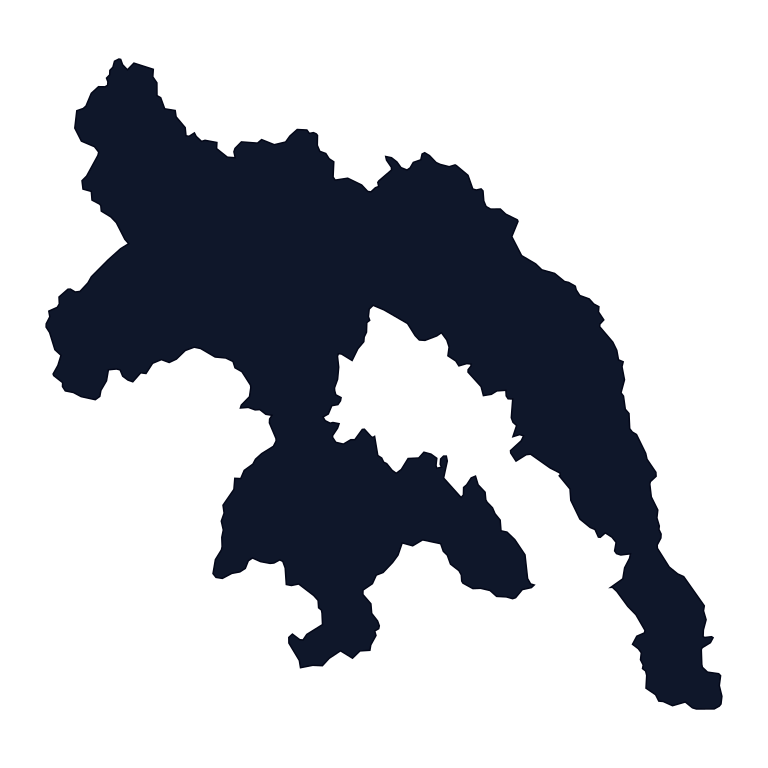 outline of Hoa An, Cao Bằng, Vietnam
{"feature_id": "81297802B75378675708985", "entity_name": "Hoa An", "entity_type": "district", "adm_level": 2, "iso_a3": "VNM", "parent_name": "Vietnam", "parent_adm1": "Cao Bằng", "projection": "albers", "projection_center": [106.208, 22.687], "detail": "fine", "context": "isolated", "style": "filled", "palette": "ink", "viewbox_px": 768, "rotation_deg": 0, "n_neighbors": 0, "source": "geoboundaries", "source_scale": "gbopen_adm2", "svg_char_len": 6070}
<svg xmlns="http://www.w3.org/2000/svg" viewBox="0 0 768 768"><path d="M610.7,587.4L612.4,587.3L616.8,591.4L627.8,606.4L635.9,614.7L645.0,630.4L644.4,632.9L636.8,636.2L632.5,644.3L638.3,648.7L641.3,652.8L640.5,659.7L643.2,665.0L642.5,668.6L645.6,671.0L646.7,675.4L646.0,688.2L655.6,694.7L658.8,701.1L663.2,701.5L672.5,705.7L685.3,702.0L692.4,707.8L696.4,709.0L714.3,708.9L719.3,706.1L721.0,704.0L721.9,696.3L719.3,685.6L720.6,675.7L718.7,673.7L707.5,672.1L702.4,667.3L701.8,664.4L701.3,649.5L702.2,647.7L710.4,642.7L713.1,637.7L711.6,636.7L704.6,637.5L703.1,636.5L703.4,629.9L706.1,619.7L703.5,610.8L704.3,605.8L683.7,576.6L677.7,573.9L669.2,567.0L657.4,548.3L657.2,545.0L660.9,538.0L661.1,534.0L658.9,529.4L659.3,526.0L656.9,517.9L657.8,510.0L651.3,496.9L649.8,484.0L650.4,481.6L656.1,476.3L655.9,472.3L647.0,459.2L645.7,453.3L636.5,434.5L632.3,432.0L629.7,428.6L629.0,413.5L625.3,409.2L623.5,396.1L621.0,392.8L624.5,379.8L622.0,366.7L623.2,361.8L618.5,359.8L616.8,350.3L612.8,342.1L599.7,326.7L599.8,324.2L603.8,319.9L598.5,311.9L598.9,306.7L593.8,304.0L589.2,298.9L579.8,295.5L576.2,289.9L575.3,286.2L568.6,282.4L564.5,281.5L554.6,273.4L541.8,269.8L535.7,263.9L521.6,255.6L511.8,236.6L518.0,221.4L517.4,219.9L505.7,214.1L500.3,209.0L490.6,209.1L486.1,206.5L483.8,201.0L483.0,190.9L481.1,188.9L476.3,190.0L472.8,189.0L468.0,175.3L456.4,165.6L455.1,164.9L449.2,166.7L440.2,164.4L436.1,162.5L429.5,155.6L424.7,152.7L422.1,154.0L420.8,159.8L413.3,162.4L410.1,167.9L407.0,170.0L401.0,167.6L396.9,161.9L391.5,157.7L385.7,156.5L386.5,160.1L391.4,167.3L391.5,170.0L378.9,180.8L377.8,182.4L378.7,186.5L375.4,187.7L370.9,191.9L367.7,191.4L361.7,185.0L347.7,178.2L335.2,180.1L333.1,177.0L333.8,161.8L329.1,158.7L325.8,153.5L319.8,151.3L317.3,145.3L317.5,135.4L316.3,133.9L313.5,132.6L309.4,133.4L306.9,130.0L297.2,129.5L289.9,136.0L285.6,142.0L274.3,144.7L261.6,139.6L257.5,143.1L241.4,141.9L235.0,148.4L233.9,151.8L235.2,157.7L227.4,157.2L216.6,148.6L216.9,142.5L205.0,140.3L201.6,141.4L196.2,136.4L194.4,132.9L189.1,136.3L186.0,135.8L185.2,127.6L176.1,116.8L175.2,110.5L164.7,108.8L160.7,97.7L157.0,95.6L156.9,82.8L152.8,76.8L153.3,69.3L133.9,63.1L127.4,69.8L122.6,64.7L120.7,59.4L118.9,59.0L114.5,61.2L112.9,67.2L109.9,70.3L109.7,74.8L106.5,78.1L107.9,81.8L107.6,85.3L105.0,86.8L98.5,86.7L91.3,93.3L86.0,106.0L83.2,108.5L76.8,110.7L74.8,128.1L81.4,141.1L94.5,146.7L98.7,152.1L97.9,155.4L86.6,176.1L82.0,180.7L83.0,189.1L91.3,191.4L92.0,200.1L99.6,204.1L100.8,205.6L101.3,211.1L110.8,216.9L116.3,222.6L124.9,239.4L128.7,243.7L120.7,248.6L108.0,260.0L91.4,276.7L87.9,282.9L80.0,291.4L75.2,292.0L70.4,289.1L67.9,289.2L59.0,297.0L59.3,303.9L57.3,307.3L48.8,311.1L49.8,316.8L46.2,323.8L46.1,327.1L49.6,332.5L54.9,349.7L61.0,355.3L57.9,365.4L53.1,374.0L53.7,375.6L62.6,382.6L62.5,386.6L65.3,390.9L73.4,392.5L81.1,396.6L95.3,399.7L99.8,396.4L100.9,390.4L106.5,380.8L108.4,369.8L116.5,369.0L120.1,369.9L122.7,376.2L128.0,380.1L132.8,381.8L140.7,372.8L146.0,373.5L152.6,363.3L161.4,359.6L169.2,362.5L176.4,359.1L185.3,350.5L194.2,347.2L200.6,348.5L215.1,357.0L225.8,358.0L233.0,361.5L235.0,367.8L241.9,371.7L250.5,385.1L250.8,387.6L249.5,396.7L241.3,405.1L240.4,408.0L248.3,407.4L255.1,409.9L259.8,409.6L265.8,414.3L272.0,415.3L269.6,419.0L269.4,422.9L276.0,438.5L276.1,441.0L273.4,446.3L261.7,453.6L255.5,459.2L252.9,464.1L244.2,470.4L240.7,478.6L234.8,478.3L233.9,489.4L223.0,505.2L224.1,513.1L221.3,521.1L223.3,530.0L221.8,537.3L222.1,546.7L221.4,549.9L215.4,559.6L213.0,573.6L216.0,577.4L222.4,578.4L231.8,573.4L239.9,571.9L245.3,568.4L248.3,560.8L252.5,558.0L260.5,561.6L270.1,563.4L274.0,563.0L279.7,559.9L282.8,561.4L285.2,568.0L286.3,584.5L291.4,585.5L298.7,584.0L313.7,595.5L318.1,600.4L318.6,607.8L321.4,610.0L322.0,613.1L322.5,624.6L306.8,634.4L303.0,640.0L299.8,639.7L292.4,634.1L288.8,637.4L288.9,643.1L299.3,660.4L300.5,667.7L312.7,665.3L322.4,665.7L329.2,658.3L340.5,650.8L352.5,658.2L360.0,650.9L369.9,650.3L370.8,644.9L376.0,635.5L374.7,631.0L378.7,628.7L379.3,625.8L377.6,621.0L371.7,613.4L370.9,603.8L362.9,594.5L363.0,590.1L372.4,583.7L376.3,575.1L383.1,572.5L392.6,562.5L398.0,555.1L402.2,542.9L412.7,545.8L422.6,539.9L440.7,543.7L443.3,551.3L447.3,555.2L450.5,564.1L458.9,570.6L461.3,574.9L461.7,581.0L462.9,583.1L472.9,588.6L480.6,588.3L490.0,590.5L496.6,596.4L506.4,596.9L512.6,598.7L515.6,597.7L522.3,589.6L531.4,587.6L534.2,585.0L530.6,583.9L527.6,578.6L525.0,554.8L514.8,539.6L507.0,532.1L501.0,530.8L500.2,520.1L495.0,513.7L492.5,507.8L487.1,502.2L485.8,499.8L485.1,492.2L478.1,484.8L475.5,476.1L471.2,477.9L466.6,484.9L463.6,487.4L463.4,494.9L461.1,497.5L443.6,478.0L447.3,461.0L446.3,456.1L443.5,456.1L440.6,459.0L440.2,464.4L441.6,467.1L436.9,468.3L436.0,465.5L436.8,458.3L431.0,454.1L423.9,452.2L418.7,458.0L408.1,458.5L401.3,469.5L396.2,473.3L392.1,470.3L386.7,463.6L383.7,462.2L381.7,458.0L377.8,455.5L374.6,436.4L372.9,437.5L371.2,436.7L364.4,429.2L362.3,429.4L354.8,439.7L350.8,439.7L343.4,444.1L335.8,442.3L332.6,437.4L332.6,435.6L337.6,428.1L339.1,423.7L332.9,422.5L330.2,423.2L325.1,420.6L323.0,417.0L328.3,414.0L331.8,405.7L337.9,404.6L340.5,400.8L341.1,397.6L335.8,394.8L334.7,390.7L334.5,387.9L337.6,379.3L338.7,367.1L337.5,356.3L338.4,353.7L341.5,354.0L352.1,360.5L357.9,348.7L363.8,341.7L364.2,337.0L366.5,332.2L366.8,322.6L369.7,320.3L368.4,316.7L369.2,309.1L373.1,305.3L384.0,309.9L407.5,323.5L415.1,335.6L419.3,340.0L425.0,340.4L436.8,335.9L441.4,332.7L446.8,340.0L449.1,347.1L447.9,355.8L455.8,361.0L458.9,365.9L466.7,363.6L470.9,364.0L471.1,365.9L468.1,369.7L468.0,372.1L481.1,386.6L483.4,395.6L491.4,394.3L496.9,390.9L505.9,390.3L506.2,395.9L508.1,398.8L512.7,399.0L511.3,417.7L513.0,422.3L516.6,425.5L512.9,436.7L519.6,434.6L523.6,435.8L521.2,440.8L510.5,450.6L510.7,453.0L516.0,461.1L526.2,454.7L530.6,454.2L550.0,467.9L559.9,473.0L560.3,474.9L559.2,475.8L570.0,489.0L570.8,500.3L579.9,519.1L590.2,527.5L595.0,529.5L598.4,537.1L600.3,537.3L605.3,532.9L612.0,537.2L616.1,542.4L614.6,550.9L616.5,553.6L620.8,555.0L630.5,553.8L629.5,558.4L624.6,567.8L622.8,578.8L610.7,587.4Z" fill="#0f172a" stroke="#020617" stroke-width="1.5"/></svg>